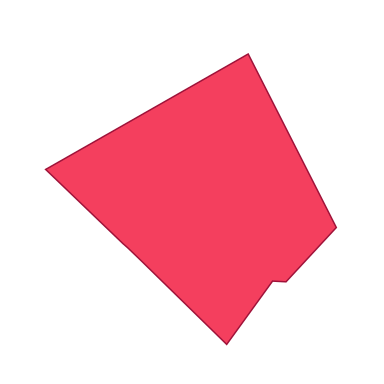 Lagoa de Velhos, Rio Grande do Norte, Brazil, rotated 9°
{"feature_id": "56859067B16682382459596", "entity_name": "Lagoa de Velhos", "entity_type": "district", "adm_level": 2, "iso_a3": "BRA", "parent_name": "Brazil", "parent_adm1": "Rio Grande do Norte", "projection": "robinson", "projection_center": [-35.857, -6.01], "detail": "fine", "context": "isolated", "style": "filled", "palette": "rose", "viewbox_px": 384, "rotation_deg": 9, "n_neighbors": 0, "source": "geoboundaries", "source_scale": "gbopen_adm2", "svg_char_len": 308}
<svg xmlns="http://www.w3.org/2000/svg" viewBox="0 0 384 384"><g transform="rotate(9 192 192)"><path d="M43.9,192.6L131.9,253.8L137.0,257.0L151.5,267.1L250.1,337.1L285.5,267.4L298.9,266.0L340.1,204.5L225.9,46.9L164.6,96.0L97.3,149.9L43.9,192.6Z" fill="#f43f5e" stroke="#9f1239" stroke-width="1.5"/></g></svg>